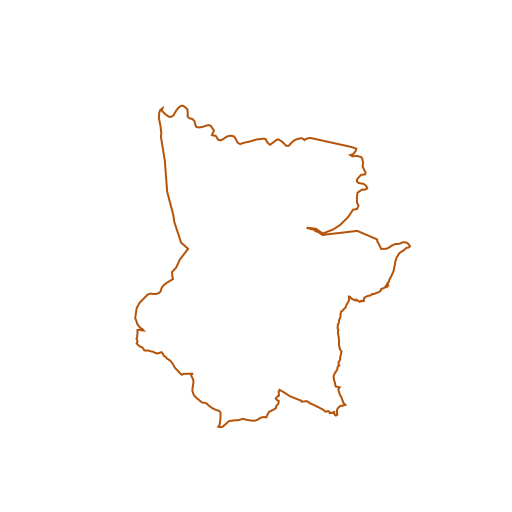 Villa Talea de Castro, Oaxaca, Mexico, rotated 316°
{"feature_id": "50627088B61139638473248", "entity_name": "Villa Talea de Castro", "entity_type": "district", "adm_level": 2, "iso_a3": "MEX", "parent_name": "Mexico", "parent_adm1": "Oaxaca", "projection": "orthographic", "projection_center": [-96.231, 17.371], "detail": "fine", "context": "isolated", "style": "outline", "palette": "amber", "viewbox_px": 512, "rotation_deg": 316, "n_neighbors": 0, "source": "geoboundaries", "source_scale": "gbopen_adm2", "svg_char_len": 5747}
<svg xmlns="http://www.w3.org/2000/svg" viewBox="0 0 512 512"><g transform="rotate(316 256 256)"><path d="M400.4,243.9L377.1,208.8L373.5,206.5L371.4,206.3L371.4,204.6L370.8,203.5L370.3,202.6L369.1,201.9L367.1,200.6L363.5,199.3L360.6,199.2L356.0,199.4L354.3,197.8L354.2,191.8L353.2,187.8L351.9,186.8L349.1,186.5L345.3,186.0L343.3,185.7L343.0,182.4L344.1,178.4L342.8,176.7L340.1,174.7L337.7,172.8L332.8,170.2L329.7,168.6L327.3,166.9L322.3,164.4L321.5,161.9L322.3,159.0L323.1,156.4L323.2,154.5L321.8,152.6L321.7,152.3L321.5,152.0L319.0,150.3L316.7,149.6L314.1,149.2L311.0,148.4L309.5,146.2L310.1,143.7L310.5,141.4L308.8,139.5L308.3,138.3L310.3,137.6L312.8,136.6L313.4,133.6L313.9,130.9L312.7,128.8L310.2,127.4L306.9,125.8L304.2,123.9L302.7,121.5L303.6,119.3L305.4,116.3L305.4,113.2L303.8,110.9L303.6,108.3L305.6,106.4L308.5,103.0L308.4,100.0L308.0,97.6L306.5,95.9L303.3,95.5L300.1,95.9L299.1,96.1L298.0,96.5L296.5,96.8L294.6,97.4L293.1,97.4L291.7,96.9L290.2,95.6L289.4,92.0L289.2,89.2L289.2,86.1L291.4,84.8L288.5,84.5L287.1,85.1L285.7,85.9L283.8,87.7L282.1,89.1L279.5,93.2L277.8,95.8L276.0,98.3L274.0,100.7L273.5,101.6L270.4,104.2L256.7,124.0L236.8,148.0L225.0,169.0L220.6,175.3L211.4,194.4L211.8,199.0L212.1,203.7L198.9,205.6L190.5,208.9L184.5,209.2L181.8,212.3L180.3,214.9L173.5,213.4L169.7,212.9L166.7,213.2L164.3,214.2L162.9,215.2L160.4,215.2L157.3,213.6L155.5,211.7L154.0,209.8L151.3,208.5L139.6,208.8L134.0,210.6L125.9,216.8L124.6,220.2L123.5,222.0L122.9,225.5L123.0,227.9L123.5,229.6L123.4,231.5L122.2,230.1L120.9,228.2L119.6,227.0L119.4,226.9L118.4,227.8L117.3,229.1L115.1,230.8L114.1,231.9L112.7,232.3L111.5,235.2L109.6,235.8L109.3,237.0L109.6,240.5L110.7,242.6L110.6,244.0L110.1,246.1L110.5,247.0L112.5,248.8L113.7,250.6L114.1,251.5L115.6,253.6L115.9,255.3L116.8,256.5L117.4,257.7L121.3,259.6L121.1,261.8L120.3,263.3L120.9,266.3L120.8,268.2L121.6,271.6L121.6,273.0L121.1,276.1L120.1,279.8L119.9,286.0L120.0,289.1L120.2,290.0L121.9,290.4L122.5,290.9L123.4,291.8L124.1,292.4L129.0,297.0L127.3,296.3L126.3,296.9L125.3,300.4L123.8,303.0L118.0,307.4L116.5,308.9L114.8,312.5L114.5,316.4L115.1,321.0L115.5,324.1L117.1,325.8L118.0,327.7L118.1,330.0L118.5,333.7L120.0,338.3L121.9,341.8L121.7,344.0L117.7,348.1L112.8,352.0L111.6,352.4L110.3,352.6L111.3,354.2L112.8,355.4L114.5,355.7L118.3,355.9L121.8,356.0L124.7,358.0L127.4,360.2L129.4,361.9L133.5,364.0L135.6,367.5L137.6,370.3L140.4,373.4L142.3,374.4L144.5,375.2L146.7,375.4L149.7,377.2L151.3,379.2L153.3,378.4L157.0,377.2L159.1,377.8L161.5,378.6L164.7,379.3L165.9,378.1L169.5,377.8L171.7,376.0L171.0,374.0L171.2,372.3L174.3,371.9L175.5,372.4L178.0,369.4L179.9,368.6L181.0,372.1L181.9,375.6L182.8,379.9L184.6,384.1L186.8,388.9L188.0,391.5L187.6,392.4L191.9,395.9L192.1,397.5L192.7,398.7L192.4,399.1L192.6,400.1L193.2,400.8L193.8,402.7L194.3,403.7L194.7,405.1L195.3,406.9L195.8,407.8L196.5,410.2L196.7,410.7L196.9,411.3L197.4,412.9L197.6,413.9L197.6,415.2L197.7,415.5L197.8,416.0L198.3,416.6L198.5,416.8L200.1,417.5L200.5,418.6L200.5,419.6L199.9,420.2L200.1,420.5L201.0,420.8L201.3,421.4L202.3,422.1L203.7,422.2L203.9,422.5L202.6,423.4L202.7,424.2L202.4,425.4L202.6,426.2L203.4,426.0L204.3,426.2L203.8,427.5L204.8,425.6L206.8,423.4L208.8,422.4L212.0,422.4L213.3,422.7L213.9,423.7L216.9,425.1L216.9,424.9L216.9,423.5L216.6,423.0L218.7,418.1L219.4,417.0L219.5,415.9L219.6,415.1L219.8,414.5L220.2,413.8L220.9,412.1L221.3,411.4L222.5,409.2L223.8,408.8L224.8,408.6L224.7,408.5L224.1,407.3L223.7,406.6L222.8,405.6L223.1,404.4L224.0,402.9L225.1,401.5L225.3,400.5L226.5,398.9L227.1,397.5L229.2,395.9L231.7,394.9L232.4,394.8L235.4,394.2L237.6,392.5L238.8,392.4L239.9,392.6L240.2,391.1L241.3,390.1L241.6,390.0L243.2,389.3L244.6,389.0L244.8,388.8L245.4,388.0L246.3,387.2L247.5,386.7L249.1,385.4L250.2,384.8L251.1,384.2L251.6,381.5L253.6,378.0L254.0,377.5L256.1,375.4L256.9,374.7L257.5,373.7L258.9,372.1L260.5,369.7L261.4,368.4L262.3,367.4L263.9,366.5L264.0,366.4L264.0,365.4L264.9,364.2L265.8,363.6L266.8,362.6L267.3,362.1L269.2,361.7L271.3,359.8L274.4,358.6L276.2,356.6L278.8,355.1L279.7,355.5L282.2,355.2L284.4,355.3L286.7,354.2L292.1,352.5L292.2,352.4L292.8,351.7L293.3,351.2L294.6,349.7L295.1,350.4L295.2,353.5L295.5,354.3L295.9,354.8L295.9,355.5L296.9,357.3L297.6,358.0L298.0,358.3L298.1,358.1L298.8,361.0L299.9,361.2L301.5,362.7L301.5,362.2L302.5,363.0L304.4,361.4L305.5,361.4L307.8,362.0L308.6,362.4L309.8,363.2L311.6,364.1L313.3,364.1L314.3,365.3L316.4,366.0L318.7,367.1L319.8,367.3L320.6,367.6L321.8,367.5L322.1,367.2L323.3,366.7L325.4,367.9L327.0,368.0L327.8,368.7L327.8,368.3L329.3,368.8L329.1,368.4L329.8,368.5L329.5,368.0L330.3,368.1L330.0,367.6L331.6,367.3L331.5,367.0L332.0,366.8L333.7,366.8L334.2,366.6L334.6,366.3L334.9,366.0L335.7,365.6L339.2,364.5L341.6,363.6L345.2,362.0L347.8,360.0L350.1,358.7L350.9,357.9L352.6,356.5L353.6,356.1L354.3,355.9L356.2,354.7L357.4,354.5L361.1,353.5L362.4,353.8L365.2,354.2L365.9,354.5L369.9,354.6L371.6,355.9L373.6,356.0L373.8,354.4L373.9,353.8L373.9,351.6L372.8,349.9L371.6,348.4L369.2,347.4L367.3,346.6L364.4,344.1L360.5,342.7L358.9,342.6L354.9,341.5L351.0,337.9L353.1,331.3L353.1,330.4L354.6,328.1L346.3,308.3L318.3,286.9L318.4,286.5L317.6,282.9L317.2,281.6L316.0,279.4L316.2,277.5L316.1,277.4L315.2,276.2L314.3,275.0L313.8,273.9L312.3,271.3L312.1,270.8L318.0,278.0L319.6,286.2L330.2,290.6L338.1,292.1L348.6,292.0L349.1,292.0L349.3,292.0L358.0,290.1L361.4,292.4L364.7,291.0L365.5,288.6L365.9,287.5L369.9,283.4L373.0,281.0L378.3,281.8L380.4,284.0L380.5,284.0L383.0,284.6L384.0,282.3L383.5,278.9L380.5,274.7L380.3,272.5L382.1,271.0L387.9,270.6L391.2,273.1L392.8,272.1L394.7,265.9L397.9,263.1L400.2,259.5L400.2,257.4L397.9,253.9L394.7,251.4L394.0,248.9L396.6,250.2L400.4,249.8L402.7,248.4L400.4,243.9Z" fill="none" stroke="#b45309" stroke-width="2"/></g></svg>